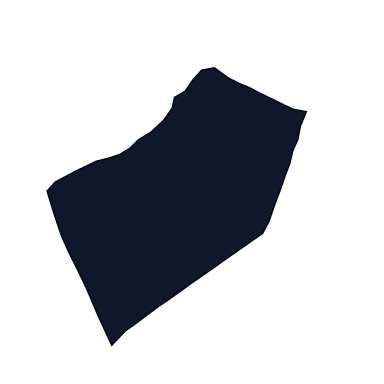 outline of São João de Meriti, Rio de Janeiro, Brazil, rotated 156°
{"feature_id": "56859067B99061822733599", "entity_name": "São João de Meriti", "entity_type": "district", "adm_level": 2, "iso_a3": "BRA", "parent_name": "Brazil", "parent_adm1": "Rio de Janeiro", "projection": "orthographic", "projection_center": [-43.368, -22.785], "detail": "fine", "context": "isolated", "style": "filled", "palette": "ink", "viewbox_px": 384, "rotation_deg": 156, "n_neighbors": 0, "source": "geoboundaries", "source_scale": "gbopen_adm2", "svg_char_len": 829}
<svg xmlns="http://www.w3.org/2000/svg" viewBox="0 0 384 384"><g transform="rotate(156 192 192)"><path d="M100.2,169.1L91.2,178.1L83.5,188.3L74.0,196.9L66.2,208.1L54.9,218.9L65.6,226.2L72.6,234.1L81.5,244.9L90.2,255.1L97.2,264.1L104.3,271.4L112.8,281.8L121.0,296.3L133.6,299.4L145.5,294.1L157.5,286.8L169.5,285.5L176.2,276.5L188.4,269.2L205.1,263.4L219.7,261.5L230.7,257.3L242.5,255.7L254.1,256.8L266.7,259.0L289.1,258.4L301.5,257.5L312.7,256.8L324.0,251.8L326.5,231.3L327.7,219.6L329.1,204.1L329.1,187.8L328.3,171.3L327.7,154.3L327.7,138.0L328.1,119.2L327.7,84.6L309.8,92.1L299.1,94.3L284.4,97.6L269.2,101.1L258.8,102.9L245.8,105.5L232.2,108.4L217.5,111.3L205.5,113.5L185.8,117.5L170.1,120.5L156.5,123.2L144.5,125.4L133.9,133.6L122.1,146.3L110.2,158.3L100.2,169.1Z" fill="#0f172a" stroke="#020617" stroke-width="1.5"/></g></svg>